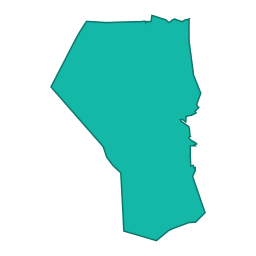 the district of Reusel-De Mierden, Noord-Brabant, Netherlands
{"feature_id": "6326949B37702767177993", "entity_name": "Reusel-De Mierden", "entity_type": "district", "adm_level": 2, "iso_a3": "NLD", "parent_name": "Netherlands", "parent_adm1": "Noord-Brabant", "projection": "mercator", "projection_center": [5.161, 51.371], "detail": "fine", "context": "isolated", "style": "filled", "palette": "teal", "viewbox_px": 256, "rotation_deg": 0, "n_neighbors": 0, "source": "geoboundaries", "source_scale": "gbopen_adm2", "svg_char_len": 4699}
<svg xmlns="http://www.w3.org/2000/svg" viewBox="0 0 256 256"><path d="M86.5,21.4L82.9,27.0L80.5,30.8L79.4,32.5L78.7,33.7L78.6,33.8L75.8,38.9L74.5,41.4L70.7,48.7L65.7,58.4L65.6,58.6L65.5,58.9L61.4,66.8L61.2,67.1L60.9,67.7L60.8,67.9L58.9,71.6L56.9,75.4L56.5,76.3L53.0,83.0L51.0,86.9L52.7,89.0L54.8,91.3L55.4,92.0L62.7,100.3L63.1,100.8L64.2,102.1L64.5,102.4L65.6,103.6L65.9,104.0L66.2,104.3L67.3,105.6L68.0,106.4L69.5,108.1L72.1,111.1L73.4,112.5L77.5,117.3L79.4,119.4L84.0,124.7L84.5,125.3L85.7,126.7L86.9,128.0L91.3,133.0L93.2,135.2L95.0,137.3L96.2,138.6L96.3,138.7L97.9,140.5L98.9,141.7L99.5,142.4L100.8,143.9L101.9,145.1L102.5,145.9L102.9,146.2L103.1,146.5L103.3,146.8L103.4,147.0L103.5,147.2L103.5,147.3L103.6,147.5L103.7,147.8L103.9,148.7L104.0,148.8L104.1,149.3L104.2,149.5L104.3,149.9L104.5,150.4L104.5,150.5L105.1,152.2L105.4,153.0L105.8,154.4L105.8,154.5L106.3,155.9L106.6,156.9L107.3,157.9L107.4,158.0L107.5,158.1L108.5,159.5L108.7,159.8L109.8,161.2L110.0,161.6L110.5,162.3L110.8,162.7L110.9,162.8L111.0,162.9L111.9,164.1L112.6,165.0L113.2,165.7L114.2,166.6L114.9,167.3L115.1,167.4L115.7,168.0L115.8,168.1L116.5,168.8L118.4,170.6L118.9,171.0L119.0,171.1L120.8,172.8L120.9,174.4L120.9,174.5L121.0,177.0L121.1,178.1L121.1,179.0L121.4,183.5L121.5,185.0L121.5,186.3L121.6,188.3L121.7,189.6L121.8,190.8L121.9,193.3L122.3,200.1L122.4,203.1L122.6,206.7L122.7,207.8L122.9,211.7L123.0,214.6L123.1,215.5L123.4,222.9L123.4,223.0L123.5,223.3L123.6,226.8L123.9,231.1L125.1,231.4L126.1,231.7L127.1,232.0L130.4,233.0L135.5,234.4L140.2,235.8L148.4,238.2L150.1,238.7L153.4,239.7L154.4,240.0L156.5,240.6L162.5,235.6L166.2,232.5L166.3,232.5L168.5,230.6L171.1,229.4L171.4,229.2L173.2,228.4L173.5,228.3L174.0,228.1L177.8,226.7L188.7,222.6L192.2,222.4L195.7,222.1L199.9,217.8L200.8,217.0L205.0,212.7L204.9,212.2L203.4,207.9L203.3,207.7L202.2,204.4L201.6,202.7L201.1,201.2L200.5,199.6L200.0,198.0L194.1,180.9L193.3,178.3L193.2,178.2L192.6,176.2L195.1,171.1L195.3,167.6L195.1,167.7L194.1,167.9L193.3,165.4L192.6,165.5L190.8,166.0L190.8,165.9L190.7,165.7L190.5,161.2L190.5,160.0L190.4,157.9L190.3,156.7L190.3,155.9L190.3,155.0L190.3,152.6L190.3,152.1L190.3,151.9L190.3,151.6L190.3,148.8L190.3,146.4L190.3,145.8L193.1,145.8L195.3,145.8L194.7,145.1L194.3,144.6L195.4,144.3L196.6,143.9L195.6,143.0L195.4,142.8L195.2,142.7L194.9,142.5L194.0,142.0L191.4,140.5L190.6,140.0L190.2,139.7L189.7,139.0L188.8,137.4L190.5,136.3L190.3,136.1L190.1,136.0L190.1,135.9L190.0,135.7L189.9,134.8L189.8,134.0L189.7,132.4L189.6,130.6L189.5,130.1L189.5,129.8L189.3,129.1L189.0,127.2L188.9,127.0L188.8,126.9L188.7,126.7L186.4,125.0L185.3,124.2L184.8,123.9L182.7,122.4L181.7,121.7L181.4,121.4L180.7,120.4L180.2,119.7L180.3,119.7L181.8,119.4L182.3,119.5L182.5,119.5L182.8,119.6L183.0,119.6L183.3,119.9L183.3,120.1L183.6,120.3L183.9,120.5L185.2,121.6L185.7,122.0L185.8,122.0L185.9,120.4L186.0,120.2L185.9,119.5L185.9,119.0L185.9,118.8L185.9,118.6L185.9,118.4L185.9,118.2L186.0,117.7L186.2,117.2L186.3,117.0L186.3,116.9L186.1,116.4L186.4,116.3L188.3,115.8L189.1,115.7L191.0,115.2L191.5,115.1L191.6,115.3L192.2,114.9L192.7,114.6L193.7,114.0L193.9,113.9L194.1,114.0L196.1,112.9L194.9,111.4L196.1,110.3L196.7,109.6L198.8,107.6L197.3,106.2L196.9,105.7L197.0,105.1L197.0,104.8L196.7,104.5L196.7,104.4L196.9,103.6L197.0,103.4L197.1,103.1L197.2,102.8L197.9,100.9L199.5,96.6L200.7,93.5L200.7,93.3L200.7,93.2L199.9,91.1L198.5,87.6L197.9,86.0L197.5,85.1L197.4,84.7L195.9,81.1L195.8,80.8L194.3,76.9L193.9,76.1L193.6,75.2L193.5,74.8L193.5,74.4L193.3,73.3L193.1,71.5L192.9,69.7L192.7,68.8L192.6,67.9L192.5,66.6L192.4,66.6L192.4,66.3L192.4,66.2L191.7,61.1L191.1,56.7L191.1,56.3L190.5,51.9L190.4,51.6L190.1,49.2L190.0,48.5L189.8,46.7L189.4,43.8L189.4,43.5L189.3,43.3L189.1,41.6L189.1,41.2L189.1,40.4L189.1,40.1L189.1,38.6L189.0,38.3L189.0,35.3L189.0,34.5L189.0,21.5L189.0,19.9L189.0,19.7L189.3,19.0L188.9,19.1L188.3,19.2L188.2,19.2L187.6,19.4L185.6,19.9L185.2,20.0L184.8,20.1L184.3,20.4L183.4,20.9L182.6,21.5L182.3,21.7L181.2,21.3L180.2,21.0L178.5,20.5L178.1,20.3L177.6,20.2L175.9,19.5L174.4,18.9L174.2,19.2L173.9,19.4L173.2,19.8L172.7,19.8L171.6,20.7L169.0,22.6L167.0,20.9L165.9,19.9L164.2,19.3L161.4,18.5L159.5,17.8L153.3,15.8L151.9,15.4L151.1,21.1L151.1,21.5L150.9,21.6L147.6,21.6L147.5,21.4L147.6,21.2L147.5,21.4L147.4,21.5L147.0,21.5L146.9,21.6L146.9,21.9L146.8,22.0L146.6,21.8L146.3,21.7L146.1,21.6L145.9,21.6L145.9,21.8L146.0,22.0L145.9,22.3L145.6,22.4L145.6,22.5L144.8,21.3L144.7,21.2L143.0,21.4L142.9,21.4L140.8,21.7L140.1,21.7L134.0,21.7L132.6,21.7L132.3,21.7L131.9,21.8L122.0,22.1L118.5,22.2L115.5,22.3L110.4,22.5L108.3,22.5L106.7,22.6L103.0,22.4L102.9,22.4L101.9,22.3L99.1,22.1L86.5,21.4Z" fill="#14b8a6" stroke="#0f766e" stroke-width="1.5"/></svg>